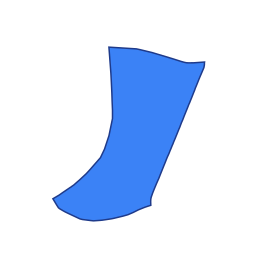 outline of Samphanthawong, Bangkok Metropolis, Thailand, rotated 73°
{"feature_id": "78962969B78328018981933", "entity_name": "Samphanthawong", "entity_type": "district", "adm_level": 2, "iso_a3": "THA", "parent_name": "Thailand", "parent_adm1": "Bangkok Metropolis", "projection": "albers", "projection_center": [100.51, 13.738], "detail": "fine", "context": "isolated", "style": "filled", "palette": "blue", "viewbox_px": 256, "rotation_deg": 73, "n_neighbors": 0, "source": "geoboundaries", "source_scale": "gbopen_adm2", "svg_char_len": 1439}
<svg xmlns="http://www.w3.org/2000/svg" viewBox="0 0 256 256"><g transform="rotate(73 128 128)"><path d="M208.6,128.8L204.9,127.8L202.7,127.0L200.9,126.0L199.0,124.6L197.6,123.6L194.7,121.3L189.5,117.0L186.6,114.5L185.5,113.5L184.1,112.4L181.7,110.5L173.4,103.8L173.3,103.7L171.7,102.4L168.8,100.1L167.2,98.8L165.3,97.1L163.9,95.9L162.1,94.5L160.7,93.3L158.5,91.5L158.0,91.1L157.7,90.9L156.5,89.8L154.8,88.5L152.9,86.9L152.2,86.3L151.5,85.7L149.6,84.2L148.9,83.6L144.3,79.9L142.3,78.2L140.2,76.6L138.4,75.2L136.1,73.2L134.8,72.2L134.3,71.8L133.0,70.8L129.8,68.2L126.6,65.6L124.6,64.0L123.8,63.4L121.5,61.4L120.6,60.7L117.8,58.4L116.9,57.7L114.4,55.7L114.0,55.4L111.3,53.2L109.1,51.6L108.7,51.2L105.5,48.6L102.5,46.2L99.6,43.8L97.5,42.0L92.5,37.8L90.8,36.9L90.0,36.5L88.2,35.9L87.3,35.5L84.8,46.4L83.4,51.1L82.8,52.8L81.8,54.7L79.9,57.7L75.2,64.5L62.9,82.9L56.7,93.4L54.8,96.8L45.1,122.6L70.8,128.4L78.4,130.3L89.8,133.2L97.9,135.4L106.7,137.7L114.5,140.1L129.7,148.4L141.0,156.4L141.4,156.7L148.3,163.0L153.2,170.9L156.5,176.2L159.5,181.3L163.6,189.7L165.1,193.1L166.7,196.6L170.8,209.8L172.0,213.4L173.7,220.5L180.5,218.8L183.8,217.9L185.1,217.1L185.4,216.8L187.6,214.8L189.8,212.7L192.4,209.9L200.9,200.5L202.2,198.3L205.7,190.5L206.7,188.1L208.2,181.6L208.7,179.1L210.0,170.4L210.2,168.4L210.8,158.6L210.9,153.4L210.3,147.8L209.3,141.9L208.7,135.0L208.6,130.5L208.6,128.8Z" fill="#3b82f6" stroke="#1e3a8a" stroke-width="1.5"/></g></svg>